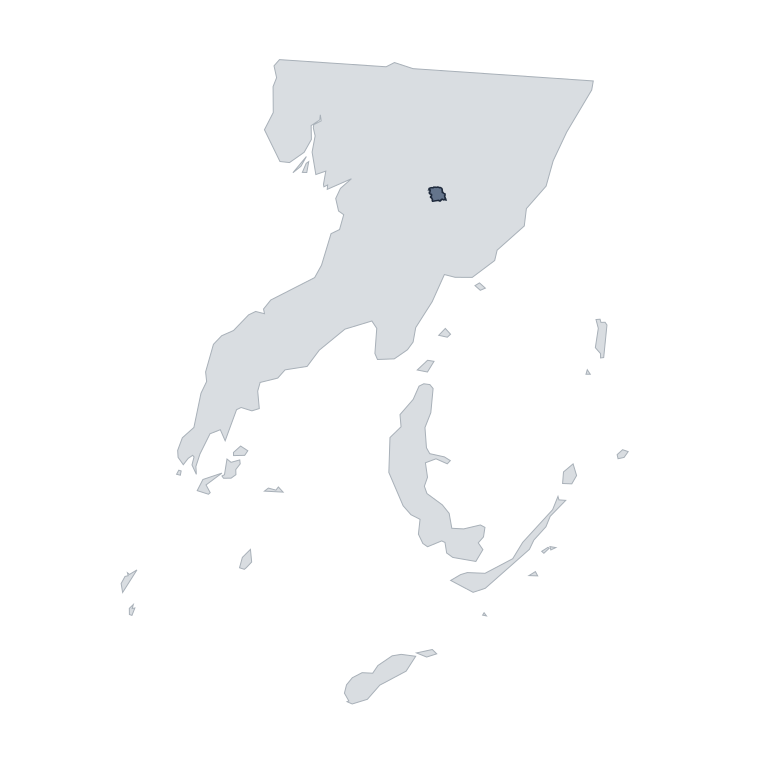 Wapenamanda District, Enga, Papua New Guinea (highlighted), rotated 94°
{"feature_id": "67681753B41439794831053", "entity_name": "Wapenamanda District", "entity_type": "district", "adm_level": 2, "iso_a3": "PNG", "parent_name": "Papua New Guinea", "parent_adm1": "Enga", "projection": "robinson", "projection_center": [143.904, -5.661], "detail": "fine", "context": "in_parent", "style": "filled", "palette": "slate", "viewbox_px": 768, "rotation_deg": 94, "n_neighbors": 0, "source": "geoboundaries", "source_scale": "gbopen_adm2", "svg_char_len": 6487}
<svg xmlns="http://www.w3.org/2000/svg" viewBox="0 0 768 768"><g transform="rotate(94 384 384)"><path d="M67.7,510.9L67.4,404.0L62.6,396.0L67.4,377.0L67.1,196.4L76.2,197.3L119.9,219.3L149.5,230.8L175.3,236.1L199.1,254.2L216.6,255.1L242.6,280.5L253.1,282.2L271.5,303.4L272.6,320.5L270.6,331.4L298.6,341.7L325.5,356.3L340.1,357.9L348.2,363.0L358.2,375.5L360.0,392.2L354.2,395.2L329.0,395.1L322.0,400.5L332.0,426.8L354.7,450.9L371.8,461.9L376.8,483.7L385.5,490.4L391.1,507.7L399.9,509.5L417.2,506.7L420.0,513.9L417.4,524.9L419.9,529.3L451.7,538.5L441.0,544.1L445.8,554.1L466.6,562.7L479.4,565.9L487.2,564.9L478.1,569.9L470.0,568.4L468.5,569.9L471.8,574.1L478.5,578.6L471.5,584.3L464.6,585.2L451.7,581.4L440.6,570.6L405.9,565.9L393.9,561.1L384.4,562.8L356.3,556.9L347.2,549.3L341.1,537.8L324.5,523.9L320.6,517.1L322.2,508.1L317.6,509.4L308.1,502.8L282.7,460.6L269.8,454.6L237.7,447.3L233.0,439.1L217.9,436.0L214.6,441.4L202.3,445.1L191.9,441.1L181.5,430.8L193.8,454.2L189.4,454.1L191.5,457.7L189.1,458.3L175.7,456.9L179.8,466.6L157.7,471.9L141.3,470.0L133.4,472.4L130.2,472.2L125.9,465.0L119.9,466.3L125.0,466.5L131.3,474.7L145.1,473.5L158.4,479.8L169.7,493.7L169.3,503.3L138.7,521.0L120.9,513.4L95.1,515.4L85.9,512.5L74.3,515.9L67.7,510.9ZM529.6,274.1L535.9,278.9L542.3,273.8L554.6,280.0L552.2,303.3L548.2,309.7L537.8,312.1L536.5,315.5L543.3,329.2L540.4,334.1L531.4,339.2L516.5,338.6L512.5,348.0L504.2,356.4L471.9,373.0L437.0,374.3L425.5,364.0L413.4,365.9L397.3,353.8L383.7,348.9L381.0,344.3L381.4,338.2L385.1,334.7L409.3,335.3L424.6,340.1L444.7,337.2L450.3,333.5L452.5,318.7L455.8,312.5L459.2,315.3L455.0,326.9L459.7,337.2L474.0,334.1L483.2,336.6L490.3,333.5L500.5,317.4L508.5,310.0L523.2,306.3L523.0,294.4L517.9,278.0L520.0,273.3L529.6,274.1ZM705.4,393.4L703.5,398.7L702.6,397.0L695.2,401.9L686.7,400.4L679.2,395.1L673.5,385.7L673.3,375.1L665.2,370.4L654.6,356.9L652.5,348.0L653.4,333.4L668.9,341.9L684.7,367.2L699.7,378.6L705.4,393.4ZM585.6,280.6L575.3,303.8L568.8,294.3L566.3,287.7L565.8,270.0L549.3,243.4L532.3,234.6L497.6,207.0L484.0,202.6L487.4,201.4L487.4,194.6L504.4,209.0L515.1,212.5L529.2,223.6L538.8,227.4L580.7,268.7L585.6,280.6ZM309.6,165.7L342.3,166.7L342.9,169.8L338.6,170.1L333.0,175.7L313.5,174.1L304.9,177.0L304.3,173.0L307.4,171.9L307.0,167.8L309.6,165.7ZM473.7,521.9L479.7,525.9L484.8,525.4L488.6,530.0L489.2,537.5L487.1,539.2L485.6,536.8L469.8,535.4L472.8,531.1L469.8,522.6L473.7,521.9ZM470.8,198.9L459.2,198.8L450.5,189.8L461.9,185.5L470.5,189.7L470.8,198.9ZM497.1,554.5L504.5,549.8L506.2,551.4L503.4,562.9L491.9,558.0L484.2,539.5L497.1,554.5ZM558.3,505.7L570.8,503.6L576.9,508.6L578.6,510.4L577.4,515.3L566.9,513.2L558.3,505.7ZM586.7,617.5L610.2,630.2L601.4,632.3L594.0,628.9L593.1,625.8L590.2,626.8L591.7,624.6L586.7,617.5ZM367.7,351.8L357.3,342.2L357.9,335.7L369.0,341.5L367.7,351.8ZM465.9,529.1L462.8,529.4L455.9,522.7L460.1,515.2L464.9,518.0L465.9,529.1ZM650.0,332.8L645.5,317.3L649.5,312.6L653.4,322.4L650.0,332.8ZM331.6,332.8L324.3,326.7L329.7,321.1L332.9,324.1L331.6,332.8ZM442.2,145.3L438.2,146.5L432.9,141.4L434.4,135.7L440.5,139.4L442.2,145.3ZM283.8,294.5L279.5,300.1L276.5,295.8L281.3,289.6L283.8,294.5ZM498.9,477.1L499.2,495.8L495.9,492.1L497.4,484.4L494.1,482.2L498.9,477.1ZM172.5,482.0L179.6,489.6L162.5,477.3L172.5,482.0ZM178.6,480.2L169.3,477.0L167.4,474.6L178.4,475.8L178.6,480.2ZM632.4,619.3L631.7,621.9L625.6,622.4L621.5,618.7L625.5,619.5L624.8,616.9L632.4,619.3ZM564.7,217.3L565.0,226.0L560.6,219.9L564.7,217.3ZM541.7,212.7L539.9,215.0L535.5,209.0L536.4,207.8L541.7,212.7ZM489.2,580.8L488.5,584.6L484.3,582.7L484.9,580.3L489.2,580.8ZM537.9,206.0L534.6,207.1L535.2,201.2L537.9,206.0ZM359.9,178.9L360.2,183.2L355.6,182.2L359.9,178.9ZM608.2,265.6L607.7,269.5L605.2,268.2L608.2,265.6Z" fill="#d9dde1" stroke="#a8b0b8" stroke-width="1"/><path d="M187.1,352.8L187.1,352.7L187.3,352.6L187.3,352.3L187.4,352.2L187.4,351.9L187.2,351.8L187.4,351.5L187.4,351.4L187.5,351.4L187.8,351.4L187.8,351.5L188.0,351.5L188.3,351.5L188.5,351.5L188.8,351.6L189.0,351.6L189.3,351.6L189.5,351.6L189.7,351.9L189.8,351.9L189.8,352.0L190.0,351.9L190.2,352.0L190.3,352.1L190.5,352.0L190.6,351.9L190.8,351.9L190.9,351.7L191.0,351.4L191.3,351.2L191.4,350.9L191.4,350.7L191.4,350.3L191.4,350.2L191.5,350.1L191.8,350.3L191.9,350.2L191.9,349.9L192.0,349.7L192.3,349.7L192.5,349.7L192.8,349.7L193.0,349.7L193.1,349.8L193.3,349.9L193.3,350.0L193.6,350.2L193.6,350.3L193.7,350.5L193.8,350.6L194.0,350.6L194.3,350.7L194.5,350.6L194.6,350.4L194.8,350.2L195.0,349.9L194.9,349.8L194.9,349.7L195.0,349.5L195.1,349.4L195.3,349.4L195.5,349.2L195.8,349.1L196.0,349.0L196.1,348.9L196.3,348.7L196.6,348.5L196.8,348.6L197.2,348.7L197.4,348.7L197.5,348.7L197.8,348.6L198.1,348.5L198.2,348.4L198.3,348.3L198.3,348.2L197.6,345.2L197.0,342.4L197.0,342.2L197.3,342.1L197.4,341.9L197.4,341.7L197.5,341.6L197.6,341.3L197.6,341.2L197.4,341.1L197.4,340.9L197.3,340.7L197.4,340.4L197.2,340.3L196.9,340.4L196.7,340.3L196.6,340.2L196.6,339.9L196.4,339.9L196.2,339.8L196.1,339.7L195.9,339.4L195.7,339.3L195.7,339.2L195.7,338.8L195.6,338.7L195.6,338.4L195.8,338.3L195.8,338.2L196.0,338.0L196.1,337.8L196.1,337.6L196.2,337.4L196.1,337.0L196.0,336.9L195.9,336.7L195.8,336.4L195.9,336.1L195.9,335.8L196.0,335.6L196.1,335.3L196.1,335.0L195.9,335.1L195.6,335.2L195.5,335.4L195.4,335.4L195.2,335.4L195.2,335.5L195.1,335.4L194.9,335.6L194.7,335.8L194.5,336.0L194.4,336.1L194.2,336.1L193.8,336.0L193.6,336.0L193.4,336.3L193.2,336.3L192.9,336.5L192.7,336.5L192.0,336.7L191.8,336.4L191.7,336.3L190.2,336.3L189.7,337.6L189.5,337.9L189.4,338.1L189.2,338.3L188.9,338.4L188.9,338.7L188.9,338.9L188.8,339.2L188.5,339.2L187.9,339.1L187.6,339.2L187.4,339.3L187.3,339.5L187.2,339.5L186.8,339.5L186.6,339.4L186.5,339.5L186.4,339.5L186.1,339.6L185.7,339.5L185.3,339.7L185.2,339.8L185.1,340.0L184.9,340.1L184.7,340.2L184.1,341.4L184.1,341.6L184.1,341.9L184.2,342.1L184.3,342.3L184.3,342.5L184.2,342.6L184.1,342.8L184.0,343.0L183.9,343.2L183.9,343.5L183.8,343.8L183.9,344.1L183.8,344.4L183.9,344.5L184.0,344.7L184.0,344.9L184.0,345.1L184.2,345.4L184.2,345.6L184.2,345.8L184.2,346.0L184.1,346.4L184.1,346.6L184.0,346.8L184.1,347.1L184.2,347.4L184.2,347.7L184.1,348.0L184.4,348.2L184.6,348.3L184.7,348.5L184.8,348.8L184.9,349.1L184.8,349.3L184.8,349.6L184.8,350.0L184.9,350.4L184.9,350.6L185.0,350.9L185.1,351.2L185.2,351.4L185.3,351.7L185.5,351.9L185.5,352.1L185.6,352.3L185.7,352.5L185.9,352.5L186.0,352.6L186.2,352.4L186.3,352.5L186.6,352.6L186.8,352.6L187.1,352.8Z" fill="#64748b" stroke="#1e293b" stroke-width="1.5"/></g></svg>